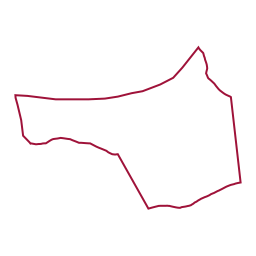 Corinth/La Bel Lair, Gros Islet, Saint Lucia
{"feature_id": "8701671B91089309525348", "entity_name": "Corinth/La Bel Lair", "entity_type": "district", "adm_level": 2, "iso_a3": "LCA", "parent_name": "Saint Lucia", "parent_adm1": "Gros Islet", "projection": "orthographic", "projection_center": [-60.945, 14.045], "detail": "fine", "context": "isolated", "style": "outline", "palette": "rose", "viewbox_px": 256, "rotation_deg": 0, "n_neighbors": 0, "source": "geoboundaries", "source_scale": "gbopen_adm2", "svg_char_len": 1943}
<svg xmlns="http://www.w3.org/2000/svg" viewBox="0 0 256 256"><path d="M15.4,95.2L15.6,97.9L17.5,104.7L21.2,120.2L23.1,135.7L29.7,142.5L30.5,143.6L31.1,143.4L36.0,144.3L38.7,144.0L39.3,144.0L41.0,143.9L42.6,143.5L43.4,143.4L45.9,143.3L47.6,142.2L49.4,141.0L51.6,139.7L53.1,139.1L53.7,139.0L55.1,138.8L56.8,138.6L57.6,138.5L58.6,138.3L60.6,137.9L63.1,138.2L63.8,138.3L67.7,138.9L70.2,139.2L72.4,140.2L74.8,141.1L76.6,141.8L77.3,142.1L79.0,142.8L80.6,142.8L81.2,142.8L85.1,143.1L88.1,143.3L90.2,143.4L96.3,146.6L98.1,147.4L99.5,148.0L100.6,148.4L102.8,149.3L104.0,149.8L106.4,150.8L108.3,152.3L109.9,153.1L110.5,153.4L112.2,154.2L113.7,154.4L114.7,154.5L115.5,154.5L116.3,154.4L116.8,154.3L117.8,154.2L148.4,208.6L152.0,207.6L155.1,206.8L158.7,205.9L159.5,205.9L160.1,205.8L162.2,205.8L164.0,205.8L166.0,205.8L167.1,205.7L168.5,205.9L169.4,205.9L171.0,206.3L173.2,206.8L176.1,207.4L177.9,207.7L179.5,207.8L180.2,207.8L180.8,207.5L181.8,207.1L185.2,206.6L186.6,206.3L187.8,206.0L189.0,205.8L190.9,205.2L191.9,204.5L193.3,203.7L194.7,202.5L196.2,201.8L196.7,201.5L198.4,200.3L199.4,199.8L201.2,198.7L202.4,198.2L204.6,197.2L206.3,196.6L206.8,196.4L207.5,196.1L209.4,195.2L209.9,194.9L210.7,194.3L212.8,193.4L213.7,193.1L214.3,192.8L217.5,191.1L219.0,190.5L220.7,189.6L221.2,189.4L222.7,188.6L225.5,187.1L226.3,186.7L227.2,186.3L228.5,185.8L229.2,185.5L230.8,184.9L234.1,184.1L235.4,183.6L237.9,183.0L240.0,182.6L240.6,182.5L230.9,97.1L230.2,96.6L227.7,95.5L225.6,94.5L224.3,93.7L222.5,92.4L219.9,90.4L218.5,89.0L217.2,87.4L216.2,86.2L214.3,83.6L212.7,82.1L211.1,80.6L209.7,79.4L208.3,78.3L207.7,77.1L207.0,75.3L206.1,73.4L206.4,71.8L207.2,68.6L207.1,67.0L206.7,64.5L206.1,62.5L205.1,59.7L204.7,57.8L204.0,56.0L203.5,54.0L203.2,53.0L200.4,50.2L199.0,48.5L198.4,47.4L182.3,67.7L173.2,77.8L160.2,84.5L142.6,91.2L131.6,93.2L117.9,96.6L104.9,98.6L89.3,99.3L72.3,99.3L55.4,99.3L27.4,95.9L15.4,95.2Z" fill="none" stroke="#9f1239" stroke-width="2"/></svg>